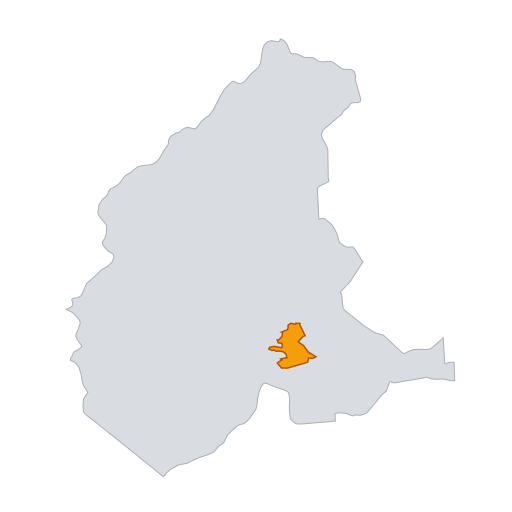 Nyirol, Jonglei, South Sudan shown in context, rotated 87°
{"feature_id": "79223893B2194918447747", "entity_name": "Nyirol", "entity_type": "district", "adm_level": 2, "iso_a3": "SSD", "parent_name": "South Sudan", "parent_adm1": "Jonglei", "projection": "robinson", "projection_center": [32.071, 8.567], "detail": "fine", "context": "in_parent", "style": "filled", "palette": "amber", "viewbox_px": 512, "rotation_deg": 87, "n_neighbors": 0, "source": "geoboundaries", "source_scale": "gbopen_adm2", "svg_char_len": 4278}
<svg xmlns="http://www.w3.org/2000/svg" viewBox="0 0 512 512"><g transform="rotate(87 256 256)"><path d="M421.4,416.1L405.6,434.1L404.5,435.1L402.5,436.5L396.1,436.6L389.5,435.7L383.4,431.0L377.2,434.6L373.3,435.8L370.9,436.2L365.4,436.8L357.7,438.7L354.2,441.1L352.3,443.0L350.7,446.5L349.9,446.9L348.5,446.5L346.5,445.1L342.4,443.0L340.3,438.6L338.4,435.9L336.8,434.5L330.2,438.9L327.1,440.0L324.5,439.8L319.7,437.3L314.4,435.2L311.7,435.2L307.7,437.9L303.1,441.9L300.7,445.8L299.5,448.2L297.9,444.6L296.4,442.3L294.2,441.4L289.8,442.3L288.7,441.0L288.5,438.0L287.8,435.1L286.7,433.0L283.3,430.9L274.5,426.6L267.8,417.9L264.4,413.9L261.9,411.4L258.4,404.6L254.4,399.9L249.6,397.8L246.4,398.8L243.1,403.8L236.9,408.5L234.0,408.7L230.4,406.1L225.8,404.3L217.6,403.5L214.2,405.8L209.7,409.4L205.9,411.5L203.6,411.7L201.4,410.9L198.9,410.4L196.8,410.3L192.4,407.1L190.1,404.7L188.6,402.3L186.1,400.8L183.2,399.5L181.1,397.4L180.1,394.8L178.4,391.5L176.3,388.5L169.6,383.2L167.6,380.0L166.2,376.9L163.4,373.5L160.5,369.0L159.6,362.3L159.5,357.0L158.9,354.5L157.6,352.0L156.2,349.9L153.9,347.6L148.4,344.1L142.7,340.1L140.0,337.8L134.9,337.0L131.8,334.7L129.2,329.7L128.2,325.7L125.6,322.6L124.5,320.3L123.9,317.7L126.0,309.8L123.0,307.0L118.5,303.3L115.3,299.3L113.4,295.7L107.7,290.9L95.2,283.7L88.0,279.0L84.1,274.9L80.7,270.9L80.3,269.2L82.6,265.2L82.9,261.8L81.1,258.2L73.7,251.2L67.7,243.6L63.2,241.3L52.4,239.2L49.2,238.3L46.0,236.9L42.8,233.5L41.7,229.4L43.3,222.9L42.3,220.9L40.5,220.4L41.0,219.1L43.1,215.9L46.4,213.9L55.4,210.7L55.9,209.4L56.1,205.4L56.9,203.4L60.0,197.8L60.4,195.6L60.6,190.8L61.0,188.6L61.9,186.9L64.4,184.2L65.2,182.5L65.6,178.8L65.4,171.6L66.7,168.7L72.3,162.2L73.9,159.2L74.4,156.6L74.4,153.9L74.7,151.3L76.4,148.7L77.9,147.9L82.0,147.1L84.9,147.7L104.7,143.2L107.1,143.8L108.1,146.4L108.0,150.7L108.3,152.7L109.4,154.2L112.5,156.2L114.7,159.6L115.8,160.9L119.0,163.2L133.7,182.5L137.9,184.4L141.9,183.7L150.0,179.7L154.0,178.7L182.1,179.8L185.2,179.2L185.4,179.3L189.6,189.0L191.7,191.2L222.5,191.3L221.9,188.6L222.3,185.5L227.7,179.5L228.5,178.8L233.3,176.0L237.9,174.1L246.9,171.9L250.1,168.3L251.9,165.1L252.0,158.8L253.2,157.8L255.3,156.3L265.7,150.7L267.4,149.5L285.6,162.6L295.9,173.0L296.5,173.5L297.0,173.7L297.6,173.3L298.0,172.9L299.3,172.4L303.6,172.3L311.9,171.8L314.7,170.5L331.3,151.9L335.5,146.0L336.6,144.8L339.0,140.6L341.6,133.3L342.1,132.5L360.3,115.1L360.9,113.7L361.1,112.6L358.4,106.8L357.8,103.8L357.6,99.2L358.2,92.1L358.0,87.6L357.7,86.4L357.6,86.1L347.5,73.3L373.1,73.2L373.2,71.6L373.1,71.1L372.6,69.5L372.3,67.5L372.3,66.4L372.5,65.3L372.5,64.8L372.4,64.2L372.5,63.8L391.0,64.1L390.7,67.7L388.5,76.2L388.6,81.3L388.0,87.1L387.4,88.9L386.5,90.3L386.1,91.0L386.1,91.6L390.0,124.3L389.7,125.6L388.7,127.6L388.4,128.3L388.4,128.8L388.8,129.2L397.3,132.7L397.7,132.9L398.0,133.2L401.1,137.4L417.9,152.9L418.5,153.7L420.2,158.5L420.4,159.3L420.5,160.4L420.4,161.4L420.0,164.3L420.1,165.6L420.4,166.4L420.7,167.4L420.7,167.8L420.5,168.5L418.0,174.1L417.2,178.1L417.0,181.5L417.1,183.4L417.4,184.7L417.6,185.2L417.9,185.3L425.1,185.4L425.1,187.2L426.1,216.6L426.1,219.9L425.8,224.1L425.0,225.7L422.9,228.0L420.3,230.2L413.8,230.7L408.4,230.7L404.5,230.2L399.3,230.0L394.3,230.5L392.5,232.3L385.9,247.9L383.9,251.8L383.4,254.1L384.0,255.5L386.5,257.5L392.2,260.2L398.6,261.9L403.4,262.6L406.7,263.3L409.2,264.2L418.4,271.3L421.3,274.6L423.0,277.5L423.4,280.6L424.7,283.8L433.0,293.6L441.0,298.2L444.1,303.4L447.0,305.9L449.8,308.7L451.3,312.7L454.8,324.5L457.1,330.7L459.5,335.7L460.4,344.0L462.3,347.6L464.3,352.1L467.5,356.2L470.9,359.3L471.5,360.1L437.1,398.4L421.4,416.1Z" fill="#d9dde1" stroke="#a8b0b8" stroke-width="1"/><path d="M351.2,244.9L350.9,243.0L352.2,241.0L352.2,237.7L352.9,234.1L355.4,231.2L359.1,230.4L360.1,236.8L361.2,235.7L363.8,240.2L364.7,240.0L369.3,236.2L369.3,233.8L369.6,230.5L364.8,210.0L360.6,208.9L361.2,204.7L359.8,201.4L354.6,208.9L348.2,213.0L343.9,218.3L338.9,213.4L338.2,211.1L326.8,215.9L325.6,215.6L325.2,219.7L326.3,220.0L325.0,224.9L327.0,227.7L329.2,227.6L331.3,228.5L333.3,234.4L333.6,233.5L337.7,234.2L341.1,237.9L340.9,239.2L344.0,238.3L344.4,234.8L348.0,234.3L348.9,235.4L347.2,242.6L347.8,247.0L349.5,248.1L351.2,244.9Z" fill="#f59e0b" stroke="#b45309" stroke-width="1.5"/></g></svg>